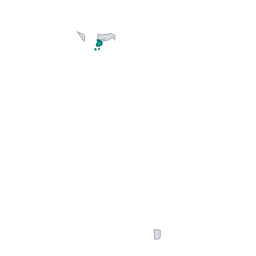 Lapaha, Tongatapu, Tonga shown in context, rotated 143°
{"feature_id": "48082658B59364107477614", "entity_name": "Lapaha", "entity_type": "district", "adm_level": 2, "iso_a3": "TON", "parent_name": "Tonga", "parent_adm1": "Tongatapu", "projection": "natural_earth1", "projection_center": [-175.073, -21.147], "detail": "fine", "context": "in_parent", "style": "filled", "palette": "teal", "viewbox_px": 256, "rotation_deg": 143, "n_neighbors": 0, "source": "geoboundaries", "source_scale": "gbopen_adm2", "svg_char_len": 1831}
<svg xmlns="http://www.w3.org/2000/svg" viewBox="0 0 256 256"><g transform="rotate(143 128 128)"><path d="M95.4,214.1L96.2,214.1L97.2,211.9L100.6,211.1L100.2,213.5L95.7,221.1L92.8,218.1L84.5,213.3L82.8,209.5L85.6,206.6L85.3,208.9L86.7,210.0L91.4,210.4L95.6,212.4L93.0,213.1L95.4,214.1ZM171.2,26.5L168.8,30.9L167.7,30.8L164.9,28.3L163.9,26.5L168.1,21.4L170.3,21.0L173.2,22.7L173.0,24.2L171.2,26.5ZM110.9,223.9L110.5,235.0L107.5,229.9L107.2,227.5L110.2,224.1L110.9,223.9Z" fill="#d9dde1" stroke="#a8b0b8" stroke-width="1"/><path d="M99.4,216.7L99.6,216.4L99.7,216.1L99.9,215.9L100.0,215.7L100.1,215.4L100.2,215.1L100.3,214.9L100.5,214.7L100.9,214.4L101.0,214.3L101.2,214.0L101.5,214.0L101.8,214.0L102.3,213.9L102.6,213.7L103.0,213.5L103.2,213.2L103.4,212.9L103.5,212.7L103.5,212.4L103.3,212.2L103.2,212.1L102.9,211.9L102.7,211.6L102.4,211.4L102.2,211.3L102.0,211.2L101.8,211.2L101.7,211.1L101.4,211.0L101.3,210.9L101.2,210.9L101.2,211.0L101.1,210.9L100.9,210.8L100.7,210.8L100.4,210.7L100.1,210.7L99.7,210.5L99.4,210.5L99.2,210.6L98.9,210.7L98.8,210.8L98.7,210.8L98.5,211.0L98.4,211.0L98.2,211.1L97.9,211.2L97.8,211.3L97.9,211.5L97.9,211.8L97.9,212.0L97.8,212.3L97.6,212.5L97.5,212.9L97.4,213.0L97.5,213.2L97.6,213.3L97.7,213.2L97.8,213.0L97.8,212.9L98.0,212.9L98.0,213.0L98.0,213.4L98.1,213.5L98.3,213.7L98.2,213.8L98.3,213.8L98.3,214.0L98.4,214.3L98.2,214.4L98.1,214.5L98.1,214.4L98.0,214.5L97.9,214.7L98.0,214.7L97.9,214.7L97.9,214.8L98.0,215.0L98.3,215.4L98.4,215.5L99.0,216.2L99.3,216.6L99.4,216.7ZM106.3,210.1L106.4,210.4L106.5,210.5L106.6,210.8L106.8,210.8L106.8,210.7L107.0,210.5L107.0,210.4L107.0,210.2L106.9,209.9L106.6,209.9L106.5,210.0L106.4,210.0L106.3,210.1ZM103.7,208.5L103.7,208.4L103.4,208.4L103.3,208.5L103.5,208.5L103.4,208.6L103.6,208.6L103.7,208.5Z" fill="#14b8a6" stroke="#0f766e" stroke-width="1.5"/></g></svg>